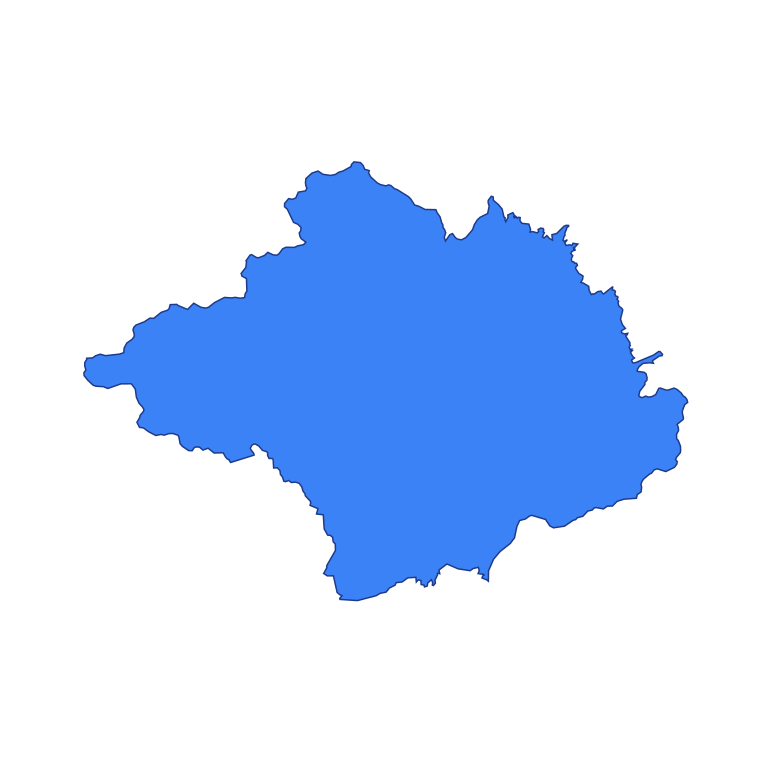 Ciuperceni, Gorj, Romania (Albers equal-area conic projection), rotated 157°
{"feature_id": "2599482B36533127285019", "entity_name": "Ciuperceni", "entity_type": "district", "adm_level": 2, "iso_a3": "ROU", "parent_name": "Romania", "parent_adm1": "Gorj", "projection": "albers", "projection_center": [22.982, 44.916], "detail": "fine", "context": "isolated", "style": "filled", "palette": "blue", "viewbox_px": 768, "rotation_deg": 157, "n_neighbors": 0, "source": "geoboundaries", "source_scale": "gbopen_adm2", "svg_char_len": 6171}
<svg xmlns="http://www.w3.org/2000/svg" viewBox="0 0 768 768"><g transform="rotate(157 384 384)"><path d="M343.0,596.6L346.8,595.9L351.6,596.8L358.3,600.9L361.5,605.8L368.0,606.3L375.6,603.6L377.6,600.1L378.5,597.0L378.4,594.4L380.8,592.4L387.9,594.1L392.5,589.7L396.2,589.8L399.3,591.9L404.9,589.1L406.3,586.1L404.7,582.6L404.1,568.1L400.9,564.7L399.2,560.5L400.9,557.5L403.0,556.2L403.7,552.8L403.5,550.2L400.5,545.1L403.7,543.7L409.6,544.9L412.9,544.7L420.9,548.2L424.6,548.0L429.8,544.9L432.2,544.4L435.6,546.2L439.5,550.6L443.9,549.0L450.2,549.2L452.1,550.4L455.4,554.9L457.0,555.0L462.9,551.3L462.8,550.3L465.6,545.3L472.3,541.6L472.6,538.7L469.4,534.8L473.9,523.2L476.6,521.2L478.6,518.0L482.9,519.2L487.1,521.9L490.7,522.8L497.0,526.0L507.9,525.2L515.6,523.2L518.6,523.6L522.6,526.2L527.6,532.7L535.7,529.4L542.7,536.5L543.7,538.3L549.8,540.6L552.4,537.3L554.4,536.5L561.2,537.0L570.3,534.4L573.8,536.1L580.4,534.9L589.1,535.2L591.9,534.1L593.9,532.0L594.4,527.7L595.3,525.4L598.3,523.6L604.8,522.2L609.2,518.6L611.3,514.5L615.9,514.9L629.3,518.9L633.6,522.3L638.3,522.7L642.1,521.9L647.6,523.9L647.8,523.0L651.0,520.7L652.4,517.7L653.0,513.3L655.7,511.8L656.8,509.0L655.1,503.0L652.2,496.5L650.0,494.5L643.2,491.1L640.0,487.8L626.0,486.9L616.5,482.9L614.9,476.6L617.1,468.5L617.0,461.9L615.3,457.2L615.0,454.3L616.1,452.7L620.5,450.6L622.2,448.4L626.4,445.3L626.0,439.6L622.6,437.6L619.3,432.0L614.2,425.8L609.0,424.7L606.3,422.8L601.5,422.4L597.6,420.9L593.7,417.3L593.5,415.6L595.0,408.6L593.9,405.3L589.9,399.1L586.7,397.5L583.4,399.6L582.0,399.6L578.6,398.1L576.5,393.9L571.0,393.6L567.4,386.9L558.9,383.5L558.4,378.7L557.5,376.1L556.4,375.0L555.9,371.7L531.4,369.3L531.0,371.1L532.3,376.0L532.1,377.2L529.5,379.3L527.1,379.5L525.9,379.0L523.4,375.7L521.8,370.4L518.4,367.6L518.1,365.9L519.1,363.6L518.9,360.3L516.0,359.1L515.5,358.0L518.4,349.8L515.0,348.6L513.6,345.1L514.7,341.1L513.8,338.2L514.2,333.6L512.8,332.6L509.4,332.4L507.8,329.5L503.9,328.3L501.0,325.9L499.9,321.5L500.4,316.8L499.6,314.1L500.1,311.8L497.6,304.9L497.9,303.2L499.5,301.2L493.5,295.1L496.9,290.7L491.0,287.3L495.7,273.9L494.9,266.9L492.7,265.7L491.2,263.2L492.4,258.7L491.4,255.7L493.7,249.8L507.4,239.4L508.8,236.9L513.6,233.2L511.1,229.5L505.5,227.2L508.6,210.5L507.3,207.7L505.4,205.6L508.6,203.9L508.7,202.9L493.0,195.0L473.9,192.2L469.3,192.8L463.4,191.6L458.7,194.1L452.3,194.5L450.6,196.4L444.7,194.7L437.8,196.3L430.2,193.6L431.6,189.1L429.2,190.3L426.8,188.7L428.2,184.9L425.7,183.2L426.0,181.4L423.2,181.1L421.4,183.8L416.8,185.3L416.8,182.2L418.1,180.0L417.3,179.2L414.6,180.5L413.6,183.6L409.5,187.2L408.6,188.9L406.8,187.6L406.1,191.3L396.4,193.7L388.0,184.9L377.7,178.5L374.1,179.3L368.8,178.4L369.2,175.1L371.5,172.7L366.8,169.9L366.4,169.1L368.0,168.8L369.6,167.2L366.2,163.9L365.0,161.7L360.7,171.3L351.5,180.0L342.5,184.5L330.0,187.9L324.0,191.4L317.2,201.1L312.5,205.3L306.4,204.5L301.4,205.7L299.2,205.3L288.2,196.2L286.8,188.6L284.2,185.4L273.4,182.6L263.3,184.6L260.4,184.3L258.3,185.4L252.7,184.5L246.1,187.4L241.6,186.6L238.9,187.8L236.9,187.3L230.9,183.3L226.1,184.3L221.4,182.4L215.3,184.9L208.1,184.2L196.3,180.2L194.1,183.2L189.5,184.2L187.1,188.5L186.9,190.8L184.9,193.3L182.1,195.1L175.0,197.3L172.5,197.4L168.9,199.4L165.7,199.2L158.8,193.3L149.3,193.8L145.9,195.7L144.4,198.0L145.1,200.6L143.1,202.4L138.2,204.9L137.1,206.5L135.4,210.9L135.2,217.0L136.0,219.3L134.3,223.5L131.1,226.0L130.1,228.8L130.0,232.3L122.5,234.5L121.6,235.7L120.8,240.5L119.9,242.6L115.3,247.5L111.7,248.4L111.2,251.2L111.9,254.2L113.3,256.2L113.9,259.5L116.2,264.3L118.6,266.9L124.8,267.4L126.7,268.2L131.2,272.3L132.8,272.6L138.0,268.1L142.5,267.7L145.9,268.7L147.7,270.6L151.4,270.5L153.1,271.7L154.1,273.6L151.4,277.4L144.0,281.6L143.3,283.6L140.6,284.7L139.4,286.9L138.8,291.1L139.9,293.1L145.9,296.7L145.4,298.0L142.8,300.1L137.5,301.8L131.3,299.8L127.9,297.8L128.0,300.2L127.5,300.6L119.5,302.2L117.0,301.4L116.0,302.4L117.2,305.9L118.4,306.6L124.6,305.3L145.1,305.4L146.8,306.4L146.8,309.3L143.3,310.1L144.3,312.1L144.8,316.6L142.4,317.8L143.9,318.4L142.3,319.2L143.9,319.9L144.0,322.0L142.2,323.3L142.4,324.3L141.5,325.7L142.7,333.3L142.5,334.3L140.9,334.3L139.8,335.4L142.9,336.1L144.9,337.8L145.3,339.1L143.9,340.4L140.1,340.8L141.4,345.7L140.9,351.4L135.3,358.8L135.4,360.4L137.3,364.0L136.9,367.1L135.7,368.4L136.4,371.2L135.0,371.9L134.7,373.1L136.4,374.6L136.2,377.0L134.8,378.8L135.3,380.2L137.1,381.4L135.6,383.8L135.9,384.1L146.7,381.1L147.4,381.9L147.9,384.7L151.0,385.5L155.8,384.6L156.5,385.4L158.2,385.3L158.6,390.0L157.4,393.9L161.0,398.9L163.1,400.6L160.2,402.9L158.6,405.6L161.5,409.8L162.5,415.7L161.2,417.1L159.7,417.4L159.4,418.8L160.0,420.3L161.4,420.6L161.6,422.3L162.8,422.9L163.1,424.2L162.7,426.0L160.1,428.4L161.1,431.1L159.0,432.7L155.7,432.6L155.7,434.4L156.6,434.2L156.3,435.4L155.3,435.1L150.9,437.1L155.1,439.7L156.9,438.1L158.5,439.5L162.3,440.4L162.5,443.2L158.9,445.2L162.4,444.9L163.1,446.2L160.7,449.4L159.4,450.0L158.5,452.3L155.2,455.5L154.8,456.6L152.5,456.9L152.1,457.8L154.3,458.9L156.7,458.9L166.2,455.1L171.1,455.8L172.7,450.6L174.8,453.1L176.1,457.0L179.5,455.9L180.7,457.4L177.2,460.8L178.1,461.7L176.7,463.5L176.8,465.0L178.9,466.3L181.8,466.0L182.1,463.9L184.0,463.3L187.6,466.2L190.2,466.8L188.7,468.9L188.2,474.6L194.4,478.1L195.0,481.4L193.6,484.0L195.0,484.9L196.6,484.6L197.2,486.2L199.1,486.0L199.1,487.3L197.2,486.7L198.5,489.2L198.1,490.0L198.5,491.4L204.0,491.2L204.8,488.8L208.5,485.8L208.6,487.8L207.5,489.6L208.3,491.0L206.9,498.8L208.5,504.3L211.5,510.3L210.4,513.6L211.9,514.9L216.3,512.3L217.3,510.2L217.7,506.6L222.0,500.4L230.4,499.9L234.0,498.6L238.7,495.3L242.2,491.4L251.2,486.9L256.3,486.4L259.9,488.8L261.1,490.9L262.2,495.7L265.1,495.7L271.5,491.6L271.3,495.3L268.1,499.1L267.9,502.7L268.5,504.8L267.6,507.8L267.9,509.8L267.1,515.8L268.2,521.1L268.1,524.2L278.0,528.6L282.3,533.8L285.9,536.8L287.1,543.9L288.2,546.7L295.9,557.8L298.0,559.6L300.2,564.1L302.0,565.5L304.8,565.6L309.2,568.8L311.5,571.5L315.4,579.9L315.7,584.3L314.2,586.2L317.9,589.2L317.8,593.2L319.1,597.0L324.9,600.2L328.3,598.7L329.2,597.1L338.3,596.1L343.0,596.6Z" fill="#3b82f6" stroke="#1e3a8a" stroke-width="1.5"/></g></svg>